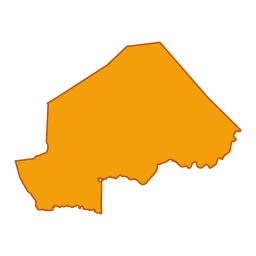 Sonaguera, Colón, Honduras (Natural Earth projection)
{"feature_id": "27666195B31402086681403", "entity_name": "Sonaguera", "entity_type": "district", "adm_level": 2, "iso_a3": "HND", "parent_name": "Honduras", "parent_adm1": "Colón", "projection": "natural_earth1", "projection_center": [-86.252, 15.631], "detail": "fine", "context": "isolated", "style": "filled", "palette": "amber", "viewbox_px": 256, "rotation_deg": 0, "n_neighbors": 0, "source": "geoboundaries", "source_scale": "gbopen_adm2", "svg_char_len": 5679}
<svg xmlns="http://www.w3.org/2000/svg" viewBox="0 0 256 256"><path d="M20.0,177.8L27.6,191.3L29.0,192.3L29.6,192.8L30.1,193.3L30.9,193.9L31.1,194.4L31.5,194.9L31.8,195.5L32.7,196.7L33.1,197.3L33.4,197.7L34.2,198.9L35.1,200.0L35.4,200.4L35.6,200.8L35.8,201.7L36.0,202.4L36.1,203.0L36.0,203.5L35.6,205.2L35.6,205.5L35.6,205.8L35.7,206.1L35.9,206.4L36.2,206.7L36.7,207.1L36.9,207.4L37.0,207.6L37.1,208.3L37.2,208.8L37.4,209.2L37.8,209.4L39.6,210.0L40.5,210.1L41.5,209.4L42.0,209.3L42.3,209.2L42.8,209.4L43.6,210.0L44.0,210.1L45.1,210.1L45.4,210.2L45.6,210.3L46.7,210.2L47.5,210.4L48.1,210.5L50.2,210.3L50.6,210.4L50.9,210.5L51.2,210.5L51.4,210.4L51.7,210.2L52.4,210.0L53.0,209.7L53.1,209.3L53.0,208.8L52.8,208.3L52.7,207.4L52.7,207.1L52.9,207.0L53.1,207.0L53.3,207.3L53.7,207.4L53.9,207.3L54.1,207.3L54.2,207.1L54.2,206.9L54.3,206.3L54.5,205.9L54.9,205.6L55.4,205.7L56.6,206.2L59.3,207.1L60.0,207.5L60.3,207.5L60.6,207.0L60.9,206.6L61.3,206.4L61.6,206.3L62.5,206.3L63.4,206.7L63.9,206.8L64.9,206.5L66.2,205.9L66.6,205.8L66.8,205.8L67.2,205.9L67.7,206.3L68.0,206.4L68.3,206.4L69.1,206.2L69.5,206.3L69.9,206.4L70.8,206.9L71.9,207.2L72.2,207.2L73.1,207.1L75.3,206.0L75.8,205.9L76.7,205.6L77.5,205.5L77.8,205.6L78.1,205.7L78.5,206.3L78.8,206.7L79.0,207.3L79.2,207.9L79.4,208.2L79.7,208.4L80.0,208.4L80.4,208.2L80.6,207.3L80.8,207.0L80.9,206.8L81.7,206.4L82.1,206.3L82.4,206.3L82.7,206.6L82.9,207.0L83.0,207.4L83.1,208.0L83.2,208.9L83.3,209.1L83.6,209.2L84.5,209.0L84.9,209.1L85.6,209.2L86.2,209.4L86.6,209.5L87.9,209.6L88.5,209.6L88.8,209.8L89.3,210.1L89.5,210.5L90.0,210.4L90.6,210.1L91.5,209.9L93.7,209.8L94.3,209.4L94.5,209.4L94.8,209.6L94.9,209.9L94.9,210.3L94.5,211.2L94.5,211.4L94.8,211.6L97.2,212.9L97.7,213.0L98.8,213.0L99.1,213.0L100.0,213.3L100.7,213.7L101.2,213.7L101.6,213.5L101.2,205.4L101.6,187.5L101.5,181.8L100.4,181.8L99.9,181.6L98.7,180.9L98.3,180.2L98.1,179.9L98.1,179.5L98.3,179.2L98.6,178.9L98.8,178.8L99.1,178.8L99.3,178.6L99.3,178.4L99.1,178.2L99.1,177.8L99.2,177.7L99.6,177.7L100.1,177.8L100.7,178.3L101.4,178.8L101.5,179.0L101.6,179.8L101.7,180.3L101.9,180.6L102.1,180.7L102.3,180.6L102.3,180.2L102.5,179.9L103.1,179.9L103.3,179.8L103.3,179.2L103.5,179.0L103.7,178.9L104.2,179.0L104.7,179.1L105.7,179.4L105.9,179.4L106.0,179.2L106.2,178.6L106.4,178.2L106.5,177.9L106.7,177.7L107.0,177.6L107.4,177.5L107.7,177.5L108.0,177.6L109.6,176.8L109.8,176.7L110.1,176.4L110.3,176.3L110.6,176.4L110.9,176.5L111.3,177.4L111.5,177.6L112.0,177.7L112.6,177.4L113.1,177.6L113.4,177.6L114.0,177.8L114.0,178.0L115.2,178.4L115.6,178.4L116.1,178.6L116.5,178.6L116.7,178.4L116.7,177.9L116.8,177.6L117.6,176.6L117.8,176.6L118.0,176.8L118.4,176.8L118.7,176.6L119.0,175.8L119.3,175.4L119.6,175.2L120.0,175.1L120.6,175.1L120.8,175.2L121.8,176.3L122.0,176.5L122.9,176.4L123.8,176.1L124.5,176.4L125.4,176.6L126.2,176.9L126.7,176.9L127.1,177.0L127.9,177.7L128.3,178.3L128.7,178.6L129.2,179.0L129.6,179.1L129.9,179.4L130.2,179.6L131.2,179.6L134.1,179.1L134.8,179.2L135.6,179.3L135.9,179.4L136.5,179.8L137.7,180.9L138.9,182.3L140.2,183.4L142.2,184.5L143.0,184.6L143.6,184.5L144.3,184.3L145.1,183.9L145.6,183.6L146.3,182.9L146.7,182.7L147.8,180.7L149.0,179.9L149.5,179.4L149.7,179.1L150.1,178.3L150.5,177.7L151.3,176.8L152.1,176.3L152.6,175.7L154.1,173.7L154.6,173.3L155.5,172.1L156.4,170.6L156.9,169.9L157.1,169.3L157.4,167.2L157.6,164.5L157.7,164.3L157.8,164.3L158.1,164.2L159.8,164.4L160.1,164.2L160.7,163.5L161.6,163.1L162.3,163.0L163.0,163.1L163.4,163.0L165.4,161.9L166.3,161.8L167.2,161.4L167.6,161.1L168.3,160.1L168.6,159.9L169.5,159.6L170.5,159.4L171.0,159.5L171.3,159.5L172.1,159.9L172.5,159.9L172.7,160.0L172.8,160.2L172.8,160.4L172.8,160.6L172.6,160.8L172.5,161.0L173.6,160.9L173.8,160.9L174.0,161.1L174.6,161.1L174.9,161.7L175.1,161.8L175.5,161.7L175.8,161.5L176.1,161.5L176.4,162.3L177.0,162.9L177.2,163.3L177.4,163.5L178.0,164.1L178.6,164.5L179.6,165.5L180.5,166.2L181.0,166.5L181.5,166.7L183.6,166.8L183.8,166.8L184.9,166.3L185.3,166.2L185.8,166.1L186.4,166.2L186.7,166.3L187.0,166.5L187.5,167.4L188.1,168.0L188.5,168.2L188.9,168.2L189.3,168.2L190.3,167.6L190.9,166.8L191.4,165.9L191.7,165.2L192.0,164.3L192.7,162.9L193.1,162.6L194.2,162.0L194.7,162.0L195.2,162.0L195.5,162.2L195.9,162.5L196.1,162.8L196.5,163.6L196.7,164.4L197.0,165.6L197.3,166.3L197.4,166.7L198.0,167.1L199.3,167.7L199.8,167.9L200.4,167.9L201.3,167.9L201.8,167.8L203.1,166.8L203.4,166.4L204.8,165.2L205.8,164.7L206.4,164.5L206.7,164.6L207.2,164.9L207.6,165.2L208.1,165.7L208.7,166.4L209.4,167.7L210.0,168.1L210.3,168.1L210.6,168.1L211.2,167.7L213.1,166.3L215.0,165.0L215.7,164.5L216.1,164.1L216.3,163.8L216.8,162.4L217.0,160.9L217.8,159.0L218.0,158.6L218.3,158.3L218.6,158.1L219.0,158.0L219.3,157.9L219.6,158.0L220.3,158.3L221.5,159.2L221.8,159.3L222.1,159.2L222.4,159.0L222.6,158.6L223.4,157.1L223.7,156.5L224.3,155.7L224.8,155.3L225.7,154.6L228.5,152.7L229.1,152.0L229.5,151.5L229.8,151.0L230.1,150.4L230.3,149.8L231.0,144.7L231.2,143.7L231.3,142.8L231.5,142.4L231.9,141.9L232.5,141.5L234.8,140.9L235.2,140.7L235.7,140.4L235.9,140.0L236.0,139.5L235.9,139.1L235.4,138.6L234.2,137.3L233.8,136.7L233.7,136.2L233.6,135.6L233.6,135.3L233.7,135.0L234.9,132.9L236.3,131.4L236.9,131.3L237.8,131.2L238.3,131.2L239.7,131.5L240.1,131.5L240.4,131.3L240.5,131.1L240.6,130.5L240.6,130.0L207.9,97.6L159.8,42.3L159.7,42.4L129.6,46.1L127.2,46.2L106.8,65.3L56.7,97.6L47.4,103.2L47.6,103.6L47.9,104.0L48.2,104.6L48.2,105.1L48.1,106.1L46.4,141.7L46.6,142.6L47.0,143.1L47.5,143.6L47.6,144.3L48.0,147.1L47.9,148.1L47.4,150.6L46.7,151.9L46.2,152.7L45.4,153.1L44.5,153.3L43.0,153.6L38.8,155.8L38.1,155.8L37.3,155.7L36.5,155.9L34.9,157.2L33.8,158.7L15.4,161.0L20.0,177.8Z" fill="#f59e0b" stroke="#b45309" stroke-width="1.5"/></svg>